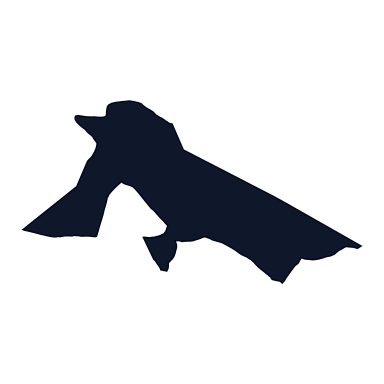 outline of Jacmel, Anse-la-Raye, Saint Lucia
{"feature_id": "8701671B80977223747238", "entity_name": "Jacmel", "entity_type": "district", "adm_level": 2, "iso_a3": "LCA", "parent_name": "Saint Lucia", "parent_adm1": "Anse-la-Raye", "projection": "albers", "projection_center": [-61.014, 13.948], "detail": "fine", "context": "isolated", "style": "filled", "palette": "ink", "viewbox_px": 384, "rotation_deg": 0, "n_neighbors": 0, "source": "geoboundaries", "source_scale": "gbopen_adm2", "svg_char_len": 4153}
<svg xmlns="http://www.w3.org/2000/svg" viewBox="0 0 384 384"><path d="M75.6,116.2L75.4,116.8L75.1,117.6L75.2,118.1L75.2,118.6L75.3,119.2L75.3,119.7L75.8,120.3L76.9,122.0L79.3,124.6L80.6,125.7L81.5,126.4L82.2,127.0L85.5,129.5L87.0,131.4L88.7,133.1L91.3,135.1L93.2,137.1L94.0,138.8L95.2,140.4L97.0,142.9L97.1,143.7L97.2,144.0L96.2,148.4L94.9,151.6L92.5,155.9L90.2,158.6L88.7,160.0L87.5,161.5L76.8,186.6L23.0,229.6L24.4,230.1L28.4,231.0L35.0,232.6L40.9,234.2L45.0,235.1L48.8,236.0L51.5,236.5L54.3,236.8L55.3,236.8L56.6,236.7L58.2,236.4L60.1,236.6L63.1,236.0L64.4,235.8L66.9,235.7L70.3,235.7L71.6,235.9L73.0,235.6L74.4,235.3L76.1,235.5L78.8,235.6L81.5,236.1L85.8,235.9L89.4,236.0L93.0,236.4L94.9,236.6L96.4,236.2L96.7,235.5L97.4,233.0L97.5,232.7L98.0,231.1L98.1,230.6L100.3,222.9L101.5,219.2L102.3,216.5L102.9,214.4L103.5,211.8L104.0,209.8L104.8,207.0L105.2,205.8L106.3,201.7L107.1,197.8L107.4,197.3L108.1,196.0L108.7,194.7L108.8,194.4L111.8,190.8L115.5,187.0L119.1,183.7L122.0,181.3L122.4,182.0L122.7,182.6L123.3,183.0L123.6,183.2L125.1,183.9L126.4,184.3L127.8,184.7L130.4,185.5L131.0,185.8L132.4,186.4L133.2,186.9L133.8,187.4L134.7,188.2L135.6,189.2L136.1,189.8L137.9,191.9L140.0,194.4L141.9,196.8L150.2,207.0L151.1,208.2L153.8,210.2L156.2,213.0L156.7,213.6L158.3,215.4L160.4,217.7L163.3,220.6L164.2,221.6L165.4,223.1L167.9,225.7L166.6,229.0L166.6,229.8L165.6,231.7L164.9,232.7L164.3,233.6L163.1,234.3L162.2,234.7L160.3,235.7L159.9,235.8L159.2,236.0L154.2,237.3L150.9,237.6L149.6,237.9L148.7,237.8L146.9,237.6L145.2,237.4L143.9,237.3L143.4,237.4L153.9,259.4L155.3,260.5L157.1,263.3L159.4,266.6L160.6,268.7L160.9,269.8L161.1,269.8L166.7,271.0L167.3,269.8L168.0,268.2L168.3,265.8L168.2,263.9L168.5,262.6L170.9,260.1L172.0,259.0L172.8,257.9L173.8,256.3L174.9,253.5L175.5,250.9L176.3,248.1L176.5,245.2L176.3,244.2L175.5,242.3L174.9,240.8L178.7,240.5L180.7,241.0L181.8,241.4L182.2,241.5L183.8,241.2L187.4,241.0L190.2,241.0L193.5,240.5L195.6,239.7L198.2,239.0L201.0,237.9L203.0,237.2L204.3,236.7L205.8,236.9L210.2,238.5L212.5,239.8L217.1,241.1L221.7,242.4L224.0,243.5L228.1,245.8L231.4,247.6L236.0,250.5L238.6,252.5L241.4,254.4L247.0,257.0L251.1,259.6L254.2,262.4L255.7,264.2L258.3,266.8L261.3,269.4L264.1,271.5L266.7,273.8L267.2,274.1L267.7,274.5L269.0,275.6L269.6,276.2L270.9,277.0L271.4,278.3L272.3,279.3L273.0,279.6L275.9,280.3L278.7,280.8L280.5,281.3L281.6,282.5L282.2,283.0L283.2,281.9L283.7,281.4L283.9,281.2L284.2,280.9L285.9,277.9L286.1,277.6L286.6,276.9L289.3,273.1L291.3,270.4L292.9,268.2L295.1,265.4L297.8,263.4L298.1,263.1L298.6,262.3L299.4,260.7L300.7,258.5L301.3,257.8L302.0,257.8L303.6,258.5L305.1,258.9L306.6,259.1L308.6,259.2L310.7,259.5L312.6,259.7L314.0,259.6L316.7,259.2L319.3,258.8L322.3,257.9L326.3,256.6L328.3,256.2L330.5,255.8L332.7,254.8L334.3,254.1L337.1,251.7L338.9,250.2L340.6,249.6L343.0,248.1L344.9,246.9L346.5,246.5L348.3,246.7L349.1,246.8L350.3,246.9L353.2,247.1L357.5,248.3L358.1,247.9L361.0,246.0L289.0,205.1L273.7,196.6L183.3,150.0L172.0,124.0L170.9,123.9L170.5,123.9L169.6,123.5L168.4,123.0L167.3,122.1L166.7,121.7L165.2,120.9L164.9,120.6L163.8,119.7L163.2,119.3L162.0,118.5L161.7,118.3L159.3,117.2L158.2,116.5L157.8,116.2L155.8,115.0L155.0,114.1L154.2,113.3L153.8,112.8L152.9,112.0L151.5,111.1L150.4,110.4L149.5,109.9L146.5,108.2L145.1,107.1L144.1,106.5L143.9,106.3L143.4,106.0L142.0,104.6L141.3,103.9L140.8,103.7L139.6,103.3L139.0,103.0L138.6,102.8L134.1,101.8L133.6,101.7L133.4,101.6L132.0,101.4L131.4,101.3L130.2,101.2L129.4,101.1L129.1,101.0L128.0,101.2L127.1,101.3L123.5,101.6L122.2,101.7L121.6,101.8L120.3,102.0L116.2,102.5L115.2,102.6L113.2,103.2L111.6,103.5L110.8,103.9L110.1,104.3L109.5,104.6L108.9,104.9L107.9,106.2L107.5,106.8L107.3,107.6L107.0,109.2L106.6,112.0L106.6,113.1L106.6,114.2L106.5,114.7L106.3,115.6L105.8,116.3L105.0,116.9L104.6,117.0L104.0,117.1L103.6,117.2L103.3,117.2L102.0,117.4L101.5,117.5L101.1,117.5L100.1,117.4L99.1,117.4L98.4,117.4L95.5,117.1L93.5,117.0L92.8,117.1L91.6,117.1L91.2,117.1L89.6,117.0L87.3,117.0L86.4,116.9L85.1,116.7L84.2,116.6L82.9,116.4L80.3,116.0L78.7,115.7L78.3,115.7L77.3,115.8L76.4,116.0L75.9,116.2L75.6,116.2Z" fill="#0f172a" stroke="#020617" stroke-width="1.5"/></svg>